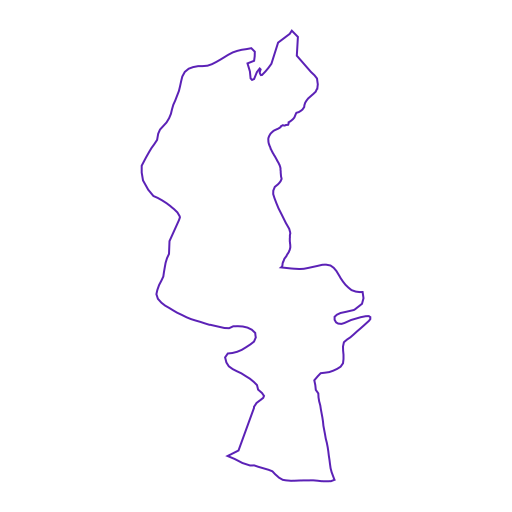 outline of Kuhlan Afar, Hajjah, Yemen
{"feature_id": "15242507B42632084566957", "entity_name": "Kuhlan Afar", "entity_type": "district", "adm_level": 2, "iso_a3": "YEM", "parent_name": "Yemen", "parent_adm1": "Hajjah", "projection": "mercator", "projection_center": [43.707, 15.758], "detail": "fine", "context": "isolated", "style": "outline", "palette": "violet", "viewbox_px": 512, "rotation_deg": 0, "n_neighbors": 0, "source": "geoboundaries", "source_scale": "gbopen_adm2", "svg_char_len": 6015}
<svg xmlns="http://www.w3.org/2000/svg" viewBox="0 0 512 512"><path d="M146.1,157.3L144.1,161.1L141.7,165.7L141.7,172.6L143.0,180.4L148.2,189.7L153.4,196.0L154.3,196.4L157.7,197.9L162.0,200.3L166.4,203.1L170.4,206.1L171.5,207.1L174.0,209.1L177.4,212.4L179.7,216.3L179.9,217.5L178.9,220.3L169.5,241.1L169.0,253.9L167.6,256.9L167.0,258.2L165.9,261.8L165.6,262.8L164.8,267.2L164.0,271.8L163.3,276.6L161.3,280.8L159.1,285.0L157.4,289.8L157.0,291.4L156.4,294.2L157.9,298.8L161.4,302.7L165.1,305.6L169.3,308.0L173.2,310.4L177.1,312.7L181.8,314.9L182.6,315.3L186.2,317.1L186.6,317.3L191.0,319.1L195.5,320.5L200.4,321.9L204.9,323.4L209.4,324.8L210.3,324.8L224.4,328.0L229.1,328.2L233.2,326.3L238.0,326.2L242.8,326.5L247.5,327.6L251.8,329.7L255.2,332.9L255.5,335.7L255.8,337.4L254.0,341.6L250.4,344.4L245.8,347.4L241.7,349.9L237.1,351.8L232.4,353.0L227.8,353.5L225.3,357.1L225.1,357.4L226.4,362.5L228.8,366.3L232.7,369.1L236.8,371.2L241.3,373.3L242.4,374.0L245.7,376.1L249.9,378.7L253.8,381.9L257.0,385.1L258.1,389.6L262.0,393.0L264.0,395.9L263.2,397.9L256.5,403.0L255.5,404.6L254.0,406.8L254.0,407.9L238.5,450.5L229.0,455.3L227.6,456.0L230.7,457.3L234.5,458.9L238.4,460.9L242.4,463.0L246.1,464.2L250.1,465.5L254.2,465.4L258.3,466.8L268.6,469.8L272.4,471.3L275.1,474.2L277.5,476.3L278.9,477.6L282.7,479.8L286.2,480.4L286.6,480.4L291.0,480.8L295.3,480.7L299.6,480.5L304.0,480.4L308.3,480.4L312.9,480.3L317.3,480.7L321.6,481.2L326.1,481.3L330.2,481.2L330.9,481.2L334.5,479.8L334.4,479.6L333.0,475.9L331.6,472.1L330.6,468.3L330.0,464.1L329.5,460.1L328.8,455.5L328.3,451.3L327.7,447.3L326.8,442.7L325.9,439.2L325.7,438.3L325.0,434.2L324.2,430.0L323.4,425.7L323.0,421.6L322.4,417.6L321.6,413.3L320.9,409.5L320.8,408.9L320.3,405.6L319.5,402.5L319.4,402.2L319.2,401.5L318.5,397.3L318.3,393.4L315.8,389.9L315.3,385.1L314.3,380.3L317.8,376.2L320.0,373.9L320.7,373.2L324.9,372.7L329.2,372.1L333.2,370.7L337.1,368.9L340.6,366.7L343.0,363.3L343.5,359.1L343.5,354.8L343.1,350.5L343.0,346.5L343.9,342.3L344.6,341.6L347.1,339.5L350.4,337.3L353.5,334.6L357.0,331.4L360.3,328.6L363.8,325.5L368.9,320.9L370.3,319.1L370.3,317.1L370.1,317.0L368.8,316.1L365.7,316.2L360.7,317.2L351.1,320.0L344.4,323.0L341.5,323.9L338.2,323.6L336.6,322.7L336.1,322.4L334.6,319.8L334.6,318.3L334.6,316.8L336.9,314.7L340.5,313.0L346.1,311.8L349.1,311.1L353.9,310.0L355.3,309.1L356.4,308.2L358.6,306.5L362.0,303.8L363.5,298.2L362.6,292.0L359.8,292.1L355.8,291.6L351.5,290.1L348.3,287.5L345.5,284.8L345.1,284.3L342.9,281.5L340.6,278.1L339.6,276.3L338.4,274.3L336.4,271.0L333.7,267.8L330.5,265.5L326.3,264.7L324.1,264.7L322.2,264.8L317.6,265.9L312.5,267.0L308.4,267.9L303.8,268.8L299.9,269.0L299.1,269.0L295.8,268.8L293.9,268.7L291.3,268.5L281.1,267.4L281.8,266.8L282.2,266.1L282.5,265.0L282.5,264.1L282.6,263.6L282.7,263.0L282.9,262.6L283.1,261.8L283.4,261.6L283.6,260.7L283.9,260.2L284.0,259.7L284.3,259.1L284.4,258.7L284.7,258.3L285.0,258.0L285.2,257.6L285.6,257.3L285.8,256.8L286.3,256.2L286.6,255.8L286.7,255.4L286.9,255.0L287.2,254.5L287.4,254.1L287.8,253.6L288.1,253.3L288.3,252.7L288.6,252.3L289.0,251.7L289.2,250.9L289.4,250.5L289.7,250.0L289.8,249.6L289.9,249.0L290.1,248.6L290.1,248.1L290.3,247.5L290.3,247.0L290.3,246.3L290.3,245.8L290.2,245.0L290.2,244.2L290.0,243.3L290.0,242.6L289.9,242.0L289.8,241.3L289.8,240.8L289.8,239.9L289.8,239.5L289.8,239.4L289.8,238.8L289.8,238.3L289.9,237.7L289.9,237.0L289.9,236.4L289.9,235.9L289.9,235.3L290.0,234.8L290.1,234.1L290.2,233.7L290.3,233.4L290.1,232.1L289.2,228.8L285.8,222.9L281.8,214.8L278.4,208.1L278.3,207.8L277.6,206.1L276.4,203.2L274.5,198.2L273.2,194.1L273.3,190.6L274.8,186.9L278.0,184.3L279.4,182.8L280.6,181.2L281.6,178.9L281.4,177.8L281.1,176.8L281.0,176.0L280.7,172.5L280.7,172.1L280.7,171.5L280.7,171.0L280.6,170.6L280.5,169.9L280.5,169.0L280.5,168.1L280.3,167.6L280.2,167.0L280.0,166.2L279.8,165.8L279.6,165.3L279.5,164.8L279.2,164.4L278.8,163.5L278.7,163.2L278.5,162.9L278.1,162.2L277.6,161.3L277.4,160.9L277.1,160.6L276.9,159.9L276.6,159.5L276.3,158.9L276.0,158.3L275.5,157.5L275.2,156.9L274.9,156.3L274.5,155.8L274.0,155.0L273.8,154.6L273.6,154.2L273.1,153.4L272.8,153.0L272.7,152.7L272.4,152.0L272.1,151.7L271.9,151.1L271.6,150.6L271.3,149.9L271.1,149.5L270.9,149.1L270.6,148.8L270.6,148.4L270.4,147.8L270.1,146.9L269.7,146.1L269.6,145.8L269.4,145.5L269.3,144.9L269.0,144.3L268.9,143.8L268.6,142.9L268.5,142.1L268.4,141.7L268.4,140.8L268.3,140.0L268.3,139.5L268.3,138.8L268.4,138.3L268.5,137.7L268.8,137.1L268.9,136.6L269.2,136.0L269.4,135.6L269.8,134.9L270.0,134.6L270.2,134.2L270.3,134.0L270.7,133.5L271.1,133.1L271.7,132.5L272.0,132.2L272.4,131.9L272.8,131.5L273.1,131.2L273.7,130.8L274.1,130.5L274.5,130.3L275.2,130.0L276.0,129.6L276.3,129.5L276.8,129.2L277.2,129.1L277.9,128.8L278.9,128.2L279.0,128.1L279.4,128.0L279.8,127.6L280.5,127.2L280.7,126.7L281.0,126.4L281.2,126.0L281.8,125.8L282.8,125.2L283.9,125.5L284.9,125.5L285.9,125.0L288.1,124.8L288.6,123.6L288.6,122.3L289.9,121.6L291.5,120.4L293.0,119.1L294.2,117.7L294.3,117.6L295.8,114.0L296.4,112.8L298.8,112.1L301.0,110.7L302.4,109.6L303.4,108.2L304.2,107.0L304.4,105.2L305.2,102.7L306.5,100.6L308.2,98.4L309.6,97.2L312.2,94.9L313.4,93.9L314.4,92.9L315.6,91.8L316.1,90.8L316.5,89.8L317.2,88.6L317.3,88.6L317.8,84.3L317.6,83.0L317.0,78.5L314.5,75.3L311.0,72.0L296.8,55.7L297.3,47.4L297.9,36.9L297.6,36.6L291.8,30.7L289.7,33.9L278.1,42.6L271.4,63.8L268.4,67.9L265.4,71.5L262.0,75.0L260.9,75.1L260.0,73.5L259.7,72.4L260.6,69.4L259.7,68.5L257.6,71.2L256.9,72.1L254.1,79.0L252.0,79.9L250.6,78.4L249.9,71.4L247.5,63.4L254.1,60.8L254.7,56.3L254.8,51.7L251.3,48.2L246.5,49.1L241.6,49.8L237.2,50.9L232.8,52.4L228.6,54.6L227.4,55.3L224.5,57.1L220.4,59.6L216.2,62.0L211.9,64.2L207.5,65.7L202.8,66.1L198.3,66.1L193.1,67.1L188.7,68.7L184.8,71.9L183.4,74.5L182.3,76.5L181.1,81.4L180.0,86.5L178.9,91.0L177.0,95.9L175.2,100.6L173.3,104.8L172.0,109.3L170.9,113.9L169.1,118.2L166.5,122.5L160.8,128.7L160.0,129.6L158.2,133.7L157.1,139.9L154.2,144.3L151.5,148.0L149.1,152.0L146.5,156.6L146.1,157.3Z" fill="none" stroke="#5b21b6" stroke-width="2"/></svg>